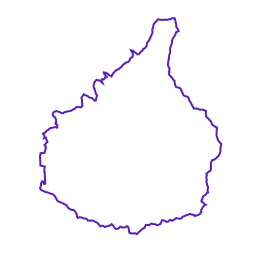 the district of Nades, Mures, Romania, rotated 266°
{"feature_id": "2599482B14728558628521", "entity_name": "Nades", "entity_type": "district", "adm_level": 2, "iso_a3": "ROU", "parent_name": "Romania", "parent_adm1": "Mures", "projection": "robinson", "projection_center": [24.745, 46.323], "detail": "fine", "context": "isolated", "style": "outline", "palette": "violet", "viewbox_px": 256, "rotation_deg": 266, "n_neighbors": 0, "source": "geoboundaries", "source_scale": "gbopen_adm2", "svg_char_len": 5756}
<svg xmlns="http://www.w3.org/2000/svg" viewBox="0 0 256 256"><g transform="rotate(266 128 128)"><path d="M79.6,207.1L80.2,207.5L81.5,207.9L84.9,208.0L87.2,208.3L89.3,209.2L90.0,209.6L90.1,211.0L91.3,213.3L92.6,214.8L93.8,216.4L94.6,217.0L97.1,218.2L98.0,218.5L102.4,219.0L105.4,219.9L105.6,219.9L108.1,217.8L110.6,216.6L112.3,216.3L114.1,215.8L120.0,216.3L121.6,216.9L122.1,216.9L122.4,216.7L122.5,216.1L123.3,214.9L123.8,214.2L124.5,213.7L124.7,213.0L125.3,212.3L126.2,211.9L127.3,211.8L129.6,210.7L130.5,209.6L132.1,208.5L133.4,207.0L133.9,206.8L135.7,206.8L137.1,206.6L139.5,206.9L141.0,204.1L141.2,203.4L141.2,202.4L141.1,201.6L141.3,200.7L142.6,198.5L142.7,197.8L142.6,196.9L142.8,194.9L144.0,194.6L146.0,193.5L148.8,192.5L150.3,191.5L151.8,190.8L153.9,190.4L155.0,189.8L155.7,187.4L156.7,185.7L158.4,185.2L160.0,184.4L163.3,183.4L164.3,182.4L165.3,179.4L165.6,178.9L166.1,178.5L167.2,178.2L170.1,177.6L171.7,177.7L172.0,177.6L173.0,176.5L175.1,175.6L175.8,174.9L176.3,174.3L178.3,172.9L179.4,172.5L180.7,173.2L181.4,172.9L181.9,172.9L183.0,173.4L183.9,173.4L184.5,173.6L187.4,172.3L188.6,172.2L190.0,172.6L191.6,172.8L194.8,173.8L196.1,173.9L198.5,174.4L200.1,175.3L200.8,175.4L204.1,175.4L205.2,175.7L207.4,176.9L209.1,177.4L209.8,177.8L212.4,178.1L214.7,179.2L215.6,180.1L218.0,181.8L218.8,182.2L220.1,182.5L221.2,185.3L224.1,184.2L225.7,183.1L227.3,183.3L228.8,183.3L229.4,183.0L230.3,182.8L231.7,182.8L234.3,182.2L234.3,181.5L234.0,180.9L234.5,179.8L234.5,179.5L233.8,178.3L233.5,177.3L233.5,176.0L233.0,174.1L233.7,172.3L233.4,171.4L233.3,170.8L233.7,168.3L233.7,167.7L234.3,165.3L233.2,164.5L230.0,161.0L229.1,160.6L226.2,160.0L224.7,159.1L221.7,159.1L221.1,159.0L213.7,155.0L212.5,153.7L211.2,152.8L209.6,152.6L208.3,152.0L206.4,150.5L205.9,148.7L205.1,148.5L205.0,148.3L204.0,147.6L203.4,146.3L201.3,144.4L200.8,143.7L200.7,142.6L202.0,141.6L202.5,140.7L204.6,138.4L204.9,137.8L205.4,136.4L204.5,136.7L203.4,137.6L202.0,138.0L199.3,137.8L198.4,137.3L198.1,136.5L197.6,135.4L196.4,134.8L195.7,134.6L194.7,133.7L193.8,132.5L193.4,130.6L192.9,129.4L191.7,128.1L191.1,127.2L189.0,125.2L188.6,124.4L187.9,123.6L187.5,122.6L186.9,121.9L186.6,120.6L186.4,120.4L186.2,119.8L182.9,116.4L181.9,116.0L180.6,115.1L181.4,114.4L181.6,113.7L182.3,112.6L183.4,111.7L184.1,110.7L184.3,110.0L184.9,109.2L184.9,108.6L185.2,107.7L184.9,107.6L184.4,107.9L183.9,108.0L182.9,108.5L182.7,109.0L181.3,109.5L181.0,109.8L181.0,110.3L180.3,110.5L180.2,110.4L180.4,109.1L179.9,108.9L179.6,108.6L179.6,108.4L179.1,108.3L178.1,107.1L178.6,105.9L178.3,105.8L178.3,105.6L177.8,105.0L176.4,104.9L175.3,105.5L174.7,105.7L175.6,104.7L177.0,104.0L177.6,102.4L177.7,101.1L178.3,100.1L177.8,99.3L176.7,98.3L174.6,97.1L172.3,96.6L171.1,96.6L169.5,97.4L168.8,97.2L168.3,97.6L167.8,97.7L164.4,98.3L162.7,99.4L157.5,97.6L157.6,96.9L157.9,96.3L158.6,95.6L159.9,94.7L160.7,93.2L160.8,92.3L161.9,90.6L162.7,90.0L164.1,86.8L164.7,86.2L161.7,83.8L160.9,83.6L159.0,84.1L156.5,83.7L155.6,84.1L154.3,84.1L153.6,84.0L152.1,83.1L152.0,82.5L152.5,78.5L152.0,77.2L151.5,76.7L150.7,76.1L150.3,74.3L149.6,73.4L149.3,72.7L148.9,70.9L148.7,68.3L148.1,65.4L147.3,64.5L147.3,63.6L147.4,63.0L149.0,60.3L149.2,59.8L149.3,59.1L149.9,57.6L149.3,55.6L148.6,54.6L146.8,53.8L144.8,54.4L143.7,56.1L140.9,56.8L138.6,56.7L138.1,56.0L137.8,56.0L137.0,56.2L136.7,57.0L136.3,57.6L133.7,57.6L133.3,57.5L133.2,57.3L133.7,56.4L133.9,55.6L133.9,54.3L133.6,53.1L133.4,50.7L132.0,48.7L130.7,46.4L129.5,45.3L128.5,42.9L127.5,43.0L126.9,44.0L126.4,43.9L124.8,44.1L123.7,43.6L124.1,44.7L124.1,45.4L121.4,46.0L119.7,46.7L119.3,46.0L117.9,44.7L117.0,43.6L116.3,43.7L116.2,44.1L115.5,44.5L113.5,44.7L113.2,44.4L109.1,43.0L108.9,41.5L109.0,40.3L109.0,39.1L108.2,39.1L106.9,38.3L96.7,38.0L95.4,42.2L92.6,41.7L89.9,41.5L89.7,41.8L78.2,41.5L78.3,40.1L79.5,40.1L80.2,39.2L80.7,39.2L80.8,38.6L79.7,37.9L78.3,37.3L76.9,37.2L74.2,36.2L73.5,36.1L72.4,37.0L71.4,38.4L71.0,39.4L70.7,39.6L69.5,42.5L69.4,43.2L68.3,45.3L67.3,48.3L66.9,48.5L65.8,49.8L64.1,50.8L60.8,52.2L60.1,52.8L59.8,52.9L57.6,57.5L56.6,58.9L55.7,60.8L52.7,62.7L52.0,63.2L51.1,64.4L50.2,66.4L49.9,67.7L50.0,68.1L48.4,69.5L45.5,70.6L45.3,70.9L43.0,71.0L41.8,71.7L42.1,72.4L42.3,73.5L42.2,74.5L42.1,75.1L41.6,76.4L40.8,77.5L40.8,79.0L40.4,80.2L38.5,81.4L38.1,86.4L36.9,88.5L36.2,89.5L36.1,90.0L35.7,90.8L32.6,92.9L32.4,93.3L31.8,93.7L32.3,94.6L32.4,95.0L31.8,96.9L30.9,97.9L31.0,98.5L31.6,100.6L31.5,101.3L31.9,102.5L32.5,103.8L33.3,104.8L32.2,106.0L31.2,106.7L29.9,107.2L29.1,107.8L28.5,108.3L28.0,109.4L28.5,111.5L30.1,113.2L30.0,114.1L29.1,115.6L29.0,116.4L29.1,118.4L30.2,120.0L29.9,120.7L28.7,121.4L26.9,121.8L24.2,121.9L23.4,122.2L23.1,122.5L22.6,123.9L22.4,127.9L21.5,129.5L23.3,131.4L24.5,133.2L25.6,134.2L26.7,135.9L27.3,137.6L29.7,138.7L30.0,139.0L30.1,140.3L29.5,142.4L31.0,144.2L31.0,144.7L30.5,145.9L30.3,147.7L30.0,148.6L29.0,150.3L29.0,150.7L29.6,152.2L29.7,153.3L33.7,155.6L33.4,156.2L32.9,158.4L32.1,159.2L31.6,160.4L31.6,161.1L32.2,162.0L33.3,163.3L33.4,163.6L33.3,164.2L32.4,165.7L34.1,169.0L34.8,169.7L34.8,169.9L34.3,171.2L34.0,172.6L33.9,174.5L34.1,174.9L35.6,176.4L35.9,177.0L36.2,178.3L36.7,179.1L36.9,180.6L37.3,181.2L37.4,182.5L38.0,183.7L37.9,184.2L37.3,185.1L37.1,186.1L36.8,186.5L36.7,188.0L35.6,188.5L35.4,188.7L35.9,189.5L36.0,190.7L36.5,192.4L37.4,194.1L38.5,194.4L38.7,194.6L39.1,195.4L41.1,195.2L41.5,195.5L42.1,196.1L43.7,197.0L45.7,199.2L45.9,199.5L46.0,199.9L46.4,199.2L47.8,198.4L48.6,197.1L49.5,196.1L51.0,196.4L51.3,197.0L52.8,197.4L54.8,198.4L55.8,200.6L56.4,201.3L57.3,201.6L57.8,202.2L57.8,203.1L58.3,203.5L59.4,203.0L61.1,203.1L62.0,203.5L63.5,203.8L64.6,203.3L68.2,202.5L69.2,202.6L71.3,203.0L72.9,202.6L73.7,202.7L75.6,203.4L76.5,203.3L76.8,203.0L78.3,204.8L79.6,207.1Z" fill="none" stroke="#5b21b6" stroke-width="2"/></g></svg>